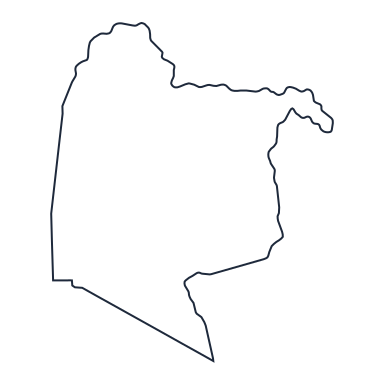 map outline of Nyanza (Albers equal-area conic projection)
{"feature_id": "KEN-1197", "entity_name": "Nyanza", "entity_type": "Province", "adm_level": 1, "iso_a3": "KEN", "parent_name": "Kenya", "parent_adm1": "", "projection": "albers", "projection_center": [34.762, -0.553], "detail": "fine", "context": "isolated", "style": "outline", "palette": "slate", "viewbox_px": 384, "rotation_deg": 0, "n_neighbors": 0, "source": "natural_earth", "source_scale": "10m", "svg_char_len": 3822}
<svg xmlns="http://www.w3.org/2000/svg" viewBox="0 0 384 384"><path d="M213.3,361.0L181.4,343.2L139.2,319.6L97.0,296.1L82.2,287.8L74.9,287.3L72.3,285.5L71.9,280.4L68.9,280.3L68.0,280.4L53.1,280.4L51.9,240.4L51.2,213.6L54.4,185.4L59.0,144.9L62.6,113.7L62.4,106.1L71.7,82.9L72.3,81.6L75.3,76.6L75.7,75.6L75.9,74.6L76.0,73.5L75.4,70.0L75.4,68.8L75.6,67.7L75.9,66.8L76.4,66.1L76.8,65.6L78.8,63.8L81.2,62.2L83.0,61.3L86.7,60.0L87.1,59.6L87.5,58.9L88.0,57.3L88.1,56.5L88.4,50.1L89.0,45.9L89.8,42.7L90.2,41.9L90.6,41.2L94.1,37.6L100.0,34.0L101.2,33.6L103.1,33.5L106.6,33.8L108.3,33.5L109.6,33.1L110.2,32.4L110.9,31.7L111.4,30.8L112.9,27.1L113.4,26.3L113.9,25.7L114.2,25.3L115.6,24.4L116.5,23.9L117.6,23.6L118.7,23.4L120.2,23.3L121.8,23.4L132.4,25.4L134.7,25.7L135.8,25.6L136.9,25.2L138.5,24.2L140.4,23.3L141.5,23.0L142.9,23.3L144.6,24.0L148.2,27.6L148.9,28.7L149.6,30.6L150.1,34.2L150.2,38.0L150.5,39.1L150.8,40.1L151.3,40.9L162.0,51.7L162.5,52.6L162.4,53.6L161.8,56.8L162.4,58.0L164.0,59.3L167.5,60.7L172.7,64.0L173.7,64.9L174.2,65.7L174.4,66.8L174.3,67.8L173.8,70.0L173.8,76.0L173.1,78.0L172.2,79.8L171.8,80.7L171.3,82.6L171.2,83.3L171.4,84.1L171.8,84.8L172.4,85.7L173.2,86.4L174.4,87.2L175.9,87.4L177.5,87.3L180.0,86.5L185.3,84.3L188.6,83.4L189.7,83.5L194.2,84.7L198.9,87.0L200.2,87.1L201.9,86.9L206.4,85.4L207.9,85.0L209.5,84.9L213.5,85.8L216.4,86.0L221.1,84.7L222.6,84.6L223.6,84.6L224.6,84.9L225.6,85.3L226.4,85.8L229.1,88.5L230.6,89.7L231.5,90.2L232.4,90.5L234.6,90.9L237.2,90.9L240.9,90.5L246.1,90.5L255.4,91.6L256.7,91.5L258.9,91.0L259.8,90.5L262.4,89.0L263.3,88.6L264.5,88.4L265.7,88.3L266.8,88.3L267.7,88.7L268.5,89.2L270.5,91.3L271.2,91.7L272.1,91.9L273.0,91.9L273.9,92.3L276.1,94.0L276.9,94.5L277.9,94.8L278.9,95.0L279.9,94.8L281.9,94.1L282.9,93.7L283.7,93.2L284.3,92.4L285.7,89.7L286.2,88.8L286.7,88.1L287.5,87.5L288.5,87.2L289.6,87.0L290.8,87.1L293.0,87.6L295.9,88.7L299.2,90.7L300.1,91.1L301.1,91.5L302.2,91.5L303.2,91.3L304.2,90.9L305.8,89.9L306.5,89.5L307.1,89.4L308.0,89.5L308.9,89.7L309.8,90.1L310.6,90.6L311.8,92.1L312.3,93.0L313.0,95.0L313.9,100.9L314.6,101.6L315.3,102.2L316.1,102.7L320.0,104.3L320.8,105.1L321.4,106.2L321.4,108.5L321.6,109.9L322.2,110.8L331.1,117.9L331.7,118.6L332.3,119.4L332.7,120.4L332.8,122.2L332.8,123.3L331.8,129.8L331.4,130.9L330.6,131.8L329.0,132.2L327.7,132.3L326.4,132.2L325.3,132.0L324.3,131.7L323.4,131.3L322.6,130.7L321.2,129.5L320.7,128.7L320.2,127.8L319.6,125.7L319.1,124.8L318.3,124.2L317.3,123.9L315.0,123.7L313.9,123.4L313.1,122.8L312.4,122.1L311.9,121.3L310.7,118.5L310.1,117.7L309.4,117.1L308.5,116.7L307.5,116.6L306.5,116.8L304.8,117.6L303.9,117.9L302.8,117.9L301.8,117.6L300.9,117.1L298.8,115.2L296.4,113.6L295.8,112.9L295.2,112.1L293.7,109.5L293.1,108.9L292.3,108.4L291.1,109.1L289.8,111.0L285.2,119.7L283.3,121.7L282.5,122.2L280.5,123.0L279.6,123.5L278.8,124.1L278.2,124.8L277.8,126.0L277.4,127.6L277.1,136.4L276.6,139.7L276.6,140.8L276.5,142.1L276.1,143.4L274.3,145.9L273.5,146.8L271.2,148.6L270.6,149.3L268.9,151.6L268.6,152.2L268.3,154.2L268.4,156.2L268.6,157.3L268.9,158.2L270.1,161.0L270.7,163.2L271.1,164.0L274.3,168.8L274.7,169.8L274.8,170.9L274.0,177.5L274.1,178.6L274.6,181.4L274.7,181.8L275.0,182.4L276.4,184.7L276.7,185.4L276.9,186.2L279.2,207.4L278.9,213.1L277.6,216.2L277.7,218.6L278.1,220.9L282.1,231.8L282.7,234.4L282.8,236.8L281.3,238.5L279.0,240.3L276.4,241.9L273.9,243.9L271.7,246.1L269.3,252.0L268.3,255.7L267.4,257.4L266.0,258.3L263.7,259.2L211.1,274.2L209.7,274.4L202.4,273.7L201.4,273.5L200.5,273.1L199.6,272.7L198.6,272.6L197.5,272.8L196.6,273.2L192.5,275.9L189.0,277.8L185.8,280.3L185.2,280.9L184.6,281.8L184.5,283.6L184.9,285.6L188.4,291.4L188.8,292.7L189.0,294.9L189.6,296.8L190.7,299.1L193.5,302.9L195.8,312.3L196.7,313.7L201.4,317.1L204.3,322.1L205.7,325.6L213.0,358.3L213.3,361.0Z" fill="none" stroke="#1e293b" stroke-width="2"/></svg>